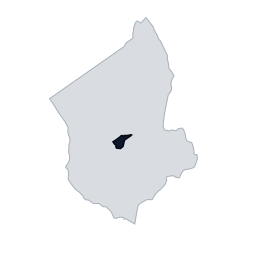 location of Amolatar within Uganda, rotated 145°
{"feature_id": "UGA-3070", "entity_name": "Amolatar", "entity_type": "County", "adm_level": 1, "iso_a3": "UGA", "parent_name": "Uganda", "parent_adm1": "", "projection": "albers", "projection_center": [32.647, 1.635], "detail": "fine", "context": "in_parent", "style": "filled", "palette": "ink", "viewbox_px": 256, "rotation_deg": 145, "n_neighbors": 0, "source": "natural_earth", "source_scale": "10m", "svg_char_len": 2538}
<svg xmlns="http://www.w3.org/2000/svg" viewBox="0 0 256 256"><g transform="rotate(145 128 128)"><path d="M175.5,197.0L172.4,197.0L167.2,197.0L162.0,197.0L156.9,197.0L151.7,197.0L146.5,197.0L141.4,197.0L136.2,197.0L131.0,197.0L125.9,197.0L120.7,197.0L115.5,197.0L110.4,197.0L105.2,197.0L100.0,197.0L94.9,197.0L89.7,197.0L86.7,197.0L86.0,196.9L85.6,196.8L83.7,197.1L81.7,198.4L79.5,198.9L77.2,198.7L76.9,198.8L75.8,198.8L74.1,198.7L72.6,199.0L71.4,200.2L70.2,202.1L68.1,204.2L66.4,206.2L65.0,207.5L61.8,209.8L60.0,210.5L59.2,210.3L58.6,209.9L57.6,207.0L57.0,206.6L50.7,208.0L49.8,208.1L49.9,207.2L49.4,200.3L49.4,196.2L50.2,193.6L50.7,190.6L50.7,187.9L51.9,183.4L51.5,180.7L53.0,171.2L53.4,169.6L54.0,165.0L54.9,163.6L55.7,163.1L56.8,160.2L58.9,155.7L60.3,153.4L60.0,148.4L60.2,144.9L60.6,144.1L63.6,142.9L67.5,139.7L69.2,135.9L71.6,133.5L76.1,132.0L89.6,119.1L95.9,112.2L98.6,108.7L98.7,107.4L99.2,105.7L98.2,104.4L96.9,103.2L96.4,102.1L95.3,101.6L93.7,101.6L92.6,100.8L91.4,99.2L90.2,98.2L86.4,98.3L83.5,96.7L83.5,94.6L84.6,90.3L86.9,85.4L87.0,84.0L86.7,82.9L86.2,81.9L85.2,80.9L84.2,79.7L85.0,76.2L86.4,72.7L87.5,71.0L88.6,69.1L88.3,67.5L86.7,66.7L87.5,65.1L89.3,62.5L92.8,59.9L95.8,58.1L97.8,58.1L101.7,59.5L105.3,61.2L107.2,61.3L109.6,60.6L114.5,57.7L115.6,58.6L117.1,60.4L118.6,63.3L121.7,64.7L123.2,65.6L124.2,65.9L124.8,65.6L126.0,63.3L127.4,62.1L130.0,60.5L135.8,59.2L139.9,58.8L141.6,58.5L144.6,57.8L149.2,55.4L153.7,58.5L158.6,59.1L163.4,59.1L164.9,58.1L165.7,57.4L170.7,52.4L177.5,45.5L182.0,55.1L183.6,55.7L183.3,56.5L183.0,57.4L185.9,59.7L189.6,60.9L190.9,62.1L191.0,63.3L189.8,69.0L190.0,70.6L191.2,76.2L193.3,77.4L195.3,83.1L199.2,85.5L199.7,86.2L200.6,88.9L201.8,91.9L202.8,92.6L203.3,92.8L204.5,96.0L203.8,97.8L204.7,103.2L206.2,108.1L206.6,113.9L206.6,116.5L206.6,118.0L206.3,120.3L205.6,121.5L204.3,122.8L202.9,124.7L201.8,126.8L201.0,127.9L201.6,131.0L201.4,131.8L201.1,132.2L199.4,132.7L197.1,133.6L195.7,134.4L193.8,136.0L192.3,137.7L190.2,142.8L186.8,146.8L186.2,148.1L183.0,150.4L181.5,153.3L180.6,156.9L179.4,159.4L176.7,162.9L176.0,168.5L176.1,179.5L175.4,192.1L175.5,197.0Z" fill="#d9dde1" stroke="#a8b0b8" stroke-width="1"/><path d="M146.0,115.5L149.0,118.2L148.7,119.7L147.6,120.3L148.3,122.7L148.2,125.3L143.8,125.2L140.2,125.3L137.7,125.6L136.9,124.8L136.4,123.9L135.5,124.0L134.9,123.9L134.1,123.0L133.4,122.5L132.7,122.3L131.4,121.5L129.5,120.9L129.1,120.2L130.4,120.0L135.5,120.1L137.5,120.1L138.5,119.5L140.4,117.7L142.7,115.7L146.0,115.5Z" fill="#0f172a" stroke="#020617" stroke-width="1.5"/></g></svg>